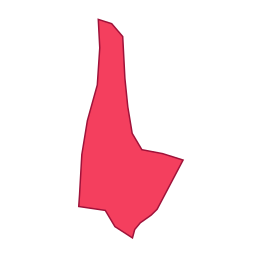 map outline of Castries (Robinson projection), rotated 177°
{"feature_id": "LCA-5077", "entity_name": "Castries", "entity_type": "Quarter", "adm_level": 1, "iso_a3": "LCA", "parent_name": "Saint Lucia", "parent_adm1": "", "projection": "robinson", "projection_center": [-60.977, 13.961], "detail": "fine", "context": "isolated", "style": "filled", "palette": "rose", "viewbox_px": 256, "rotation_deg": 177, "n_neighbors": 0, "source": "natural_earth", "source_scale": "10m", "svg_char_len": 445}
<svg xmlns="http://www.w3.org/2000/svg" viewBox="0 0 256 256"><g transform="rotate(177 128 128)"><path d="M74.7,93.1L103.2,45.3L109.3,39.9L120.7,32.7L126.6,26.3L129.3,18.0L146.2,30.2L155.0,46.9L181.3,52.2L179.9,63.7L175.5,103.9L168.2,137.4L156.4,172.6L152.0,209.5L152.0,238.0L138.8,233.0L128.5,219.6L128.5,194.4L128.5,177.7L127.1,149.2L124.1,122.4L115.3,105.6L94.8,100.6L74.7,93.1Z" fill="#f43f5e" stroke="#9f1239" stroke-width="1.5"/></g></svg>